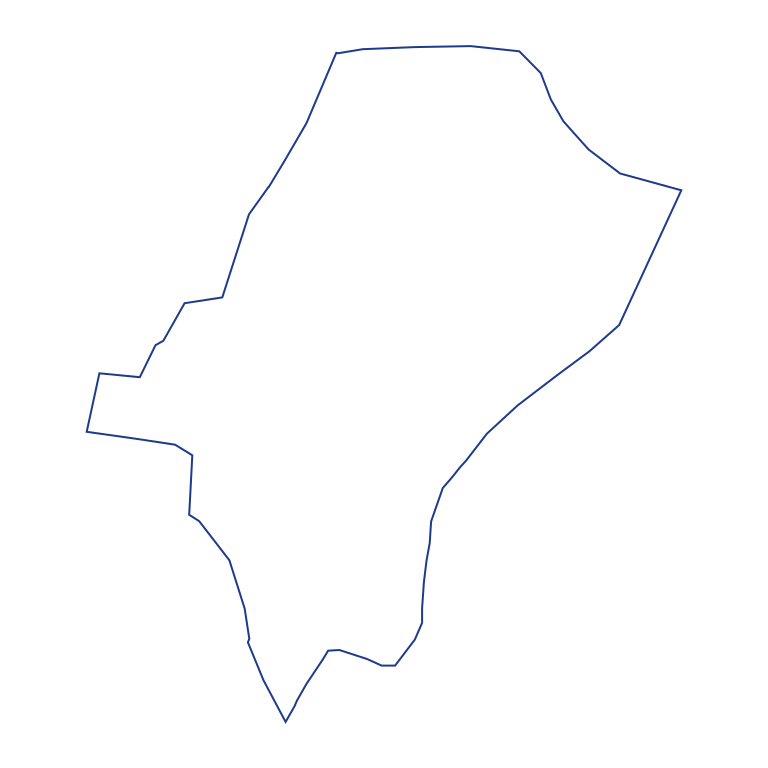 outline of Ekiti East, Ekiti, Nigeria
{"feature_id": "59680162B97170897047692", "entity_name": "Ekiti East", "entity_type": "district", "adm_level": 2, "iso_a3": "NGA", "parent_name": "Nigeria", "parent_adm1": "Ekiti", "projection": "natural_earth1", "projection_center": [5.672, 7.718], "detail": "fine", "context": "isolated", "style": "outline", "palette": "blue", "viewbox_px": 768, "rotation_deg": 0, "n_neighbors": 0, "source": "geoboundaries", "source_scale": "gbopen_adm2", "svg_char_len": 907}
<svg xmlns="http://www.w3.org/2000/svg" viewBox="0 0 768 768"><path d="M336.3,52.8L306.5,123.1L284.4,161.1L268.8,187.0L268.5,187.0L249.0,214.3L222.3,297.4L184.6,303.2L163.4,340.7L155.5,345.2L139.8,377.2L99.4,373.3L86.7,431.8L135.5,438.7L175.1,444.7L192.3,455.3L189.2,514.8L199.2,521.2L229.4,560.3L244.7,608.7L249.3,638.8L247.9,642.3L263.5,680.3L285.6,721.9L294.5,706.3L296.9,700.7L306.4,684.0L323.1,659.0L328.1,650.7L339.3,650.0L367.0,659.0L381.6,665.6L395.1,665.6L414.9,639.5L422.1,622.8L422.1,608.2L423.9,582.1L426.6,560.1L429.7,543.2L431.1,521.5L442.8,488.0L452.5,476.8L460.0,467.3L466.1,460.6L486.9,433.7L517.5,405.5L554.4,377.3L562.8,371.0L589.5,351.2L607.2,335.6L619.2,325.0L633.2,294.6L681.3,190.3L620.1,173.5L588.6,149.5L574.7,134.0L563.4,121.3L550.8,99.4L540.8,73.1L519.3,51.3L470.7,46.1L414.9,47.1L362.7,49.2L337.9,53.3L337.1,53.0L336.3,52.8Z" fill="none" stroke="#1e3a8a" stroke-width="2"/></svg>